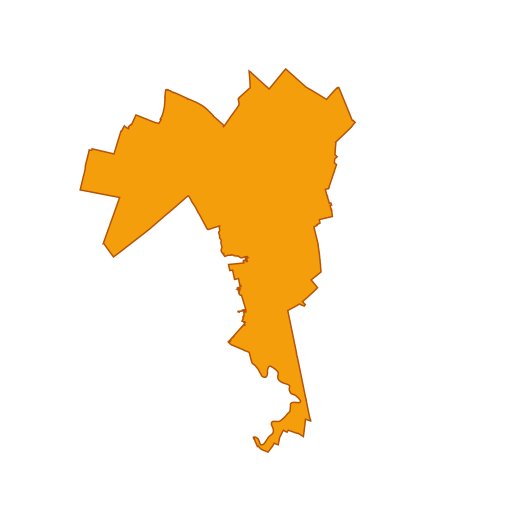 Stichtse Vecht, Utrecht, Netherlands (Albers equal-area conic projection), rotated 159°
{"feature_id": "6326949B24894131059498", "entity_name": "Stichtse Vecht", "entity_type": "district", "adm_level": 2, "iso_a3": "NLD", "parent_name": "Netherlands", "parent_adm1": "Utrecht", "projection": "albers", "projection_center": [5.022, 52.203], "detail": "fine", "context": "isolated", "style": "filled", "palette": "amber", "viewbox_px": 512, "rotation_deg": 159, "n_neighbors": 0, "source": "geoboundaries", "source_scale": "gbopen_adm2", "svg_char_len": 5998}
<svg xmlns="http://www.w3.org/2000/svg" viewBox="0 0 512 512"><g transform="rotate(159 256 256)"><path d="M389.4,306.2L384.0,307.7L345.7,319.3L330.1,325.0L329.4,325.1L328.5,325.6L316.9,329.6L299.5,336.0L297.7,336.5L297.4,336.2L296.7,332.7L296.5,329.9L295.4,324.9L295.0,322.9L294.5,317.7L294.0,315.3L292.4,302.7L291.9,298.7L291.2,297.8L284.2,297.5L279.2,297.1L279.2,296.6L279.8,296.3L280.1,295.7L280.7,292.8L281.0,292.4L282.0,291.9L282.5,291.2L282.7,287.8L283.3,286.6L283.4,286.0L283.4,285.6L283.1,284.4L282.9,283.3L282.9,282.8L283.2,282.3L284.1,281.0L284.5,276.6L284.9,275.9L286.2,274.5L286.7,273.1L286.6,271.9L286.2,270.0L285.3,269.9L285.7,268.2L285.4,267.0L285.3,266.8L281.6,266.7L280.6,266.2L278.8,265.7L278.3,266.0L278.1,265.8L278.1,265.5L277.2,265.3L276.4,264.2L275.6,263.6L275.2,263.5L274.2,262.9L273.1,262.7L273.1,262.4L272.2,261.7L271.0,259.9L270.6,259.6L270.0,259.4L267.1,259.2L266.7,259.1L266.2,259.2L264.2,258.5L264.4,258.1L266.2,258.8L266.5,258.8L266.0,258.2L265.8,257.7L264.6,257.2L265.1,257.1L266.1,257.7L266.6,258.1L266.7,256.6L265.9,256.8L265.8,256.4L266.0,254.0L267.1,254.2L266.9,255.9L268.8,256.1L268.7,256.3L269.2,256.4L269.2,255.5L269.8,255.5L270.0,253.9L284.7,257.9L285.7,251.8L282.9,251.2L283.5,247.3L283.6,247.2L283.6,246.9L284.4,241.8L280.4,241.2L280.6,240.1L281.3,236.2L281.4,235.3L281.6,234.5L281.6,234.1L280.8,234.1L280.9,232.8L284.8,232.9L284.9,232.1L284.7,231.7L285.5,231.7L285.1,231.3L283.1,231.3L282.9,231.2L283.5,231.0L283.4,230.6L283.4,229.7L285.0,229.7L284.7,228.5L285.2,228.0L285.3,227.4L285.0,227.3L285.3,226.6L284.9,225.2L284.5,224.8L283.6,224.5L284.7,209.7L288.1,210.4L288.3,209.6L291.7,210.5L291.7,210.3L292.6,210.7L292.8,210.4L291.8,209.7L291.7,210.3L285.1,208.8L285.3,207.5L287.4,207.9L287.6,207.3L287.8,207.2L287.7,206.8L288.0,206.1L289.2,203.9L289.8,204.1L290.4,202.8L290.2,202.4L290.9,201.6L291.8,200.9L292.4,200.1L290.6,198.9L290.9,198.5L290.1,198.4L289.8,197.8L290.9,197.3L291.2,195.5L292.3,196.2L293.4,195.6L293.9,195.0L294.2,195.2L304.8,189.7L305.0,189.4L304.9,189.4L305.4,189.0L305.7,189.2L306.3,188.9L306.8,188.2L307.1,188.5L310.7,186.6L310.1,186.1L310.8,185.7L310.9,185.8L311.4,185.3L312.4,186.1L312.7,185.8L312.4,184.7L312.0,184.4L311.6,183.2L310.8,181.9L301.8,173.3L300.2,171.4L299.3,170.9L297.9,169.5L296.9,168.4L297.8,160.6L298.0,157.9L297.9,157.2L297.6,156.4L296.1,154.3L295.5,152.5L294.4,148.7L294.3,146.7L293.9,144.7L293.7,142.4L293.5,141.7L293.0,141.0L292.0,140.0L290.9,139.5L290.0,139.5L289.2,139.9L288.4,140.7L287.6,141.8L286.4,144.8L285.8,146.0L284.5,147.5L283.4,148.2L282.4,148.2L281.8,147.8L279.7,145.1L278.3,142.9L277.4,140.9L277.2,140.0L277.1,139.2L277.4,138.1L278.6,136.3L279.1,135.1L279.4,133.4L279.1,131.9L278.4,130.4L277.3,128.9L276.1,127.7L272.4,124.7L271.3,123.3L271.2,122.7L271.3,122.2L272.4,120.5L272.9,119.2L273.0,117.3L272.8,115.8L272.5,115.1L272.0,114.4L269.9,112.6L268.9,111.4L267.2,108.0L266.4,105.2L266.5,104.4L267.0,103.9L267.4,103.6L267.9,103.5L273.6,106.0L275.2,106.2L276.6,105.7L277.1,105.1L277.5,103.7L279.4,99.8L280.2,98.8L281.1,98.2L282.6,97.7L286.7,95.4L291.9,93.5L293.0,93.3L294.1,93.4L295.5,93.9L298.7,95.3L299.7,95.5L300.5,95.3L301.4,94.6L301.9,93.6L302.0,93.0L301.9,88.8L302.0,87.8L302.5,86.4L303.4,84.9L304.5,84.1L307.9,83.0L309.4,82.3L314.2,78.8L316.3,77.6L317.1,77.5L318.1,77.7L319.0,78.0L319.4,78.4L319.5,79.3L319.4,83.3L319.5,84.1L319.7,84.8L320.4,86.0L321.5,87.2L322.5,87.7L323.5,87.7L323.5,86.1L323.0,86.1L323.2,83.0L322.9,77.6L322.0,77.8L321.2,75.2L320.0,73.2L315.0,68.6L308.8,72.5L306.1,74.8L304.5,73.0L302.9,71.8L299.0,78.0L294.4,82.3L292.8,83.5L291.3,81.5L290.1,80.4L288.3,81.8L282.6,76.9L280.4,75.2L280.1,75.3L276.5,70.4L271.2,80.2L268.3,85.9L264.0,82.3L263.9,82.4L263.8,85.4L263.6,87.1L261.6,99.1L260.9,102.7L261.0,103.0L260.8,103.1L260.5,104.7L260.3,107.0L253.6,147.0L253.8,147.0L253.3,150.0L253.2,149.9L253.0,150.5L245.9,193.7L237.0,194.9L232.5,195.6L231.5,194.3L228.9,192.0L227.4,192.9L228.9,196.8L224.1,198.5L216.4,201.5L209.9,204.3L212.3,211.7L213.1,213.9L201.0,217.8L199.5,223.2L198.9,224.7L198.3,227.5L197.9,228.3L197.3,231.0L196.0,235.5L195.3,238.8L193.7,245.5L191.5,262.4L188.0,262.7L187.8,262.9L187.8,263.5L184.5,263.7L183.8,267.3L170.5,265.5L169.4,270.1L169.2,271.9L168.9,271.8L168.8,272.6L169.1,272.7L168.8,276.6L167.2,276.4L167.1,278.7L168.7,279.0L168.5,280.1L168.1,286.4L167.9,286.3L167.9,287.7L168.1,287.7L167.9,289.4L167.4,293.4L165.5,293.2L164.3,292.8L163.6,293.3L163.8,293.4L154.9,304.2L152.4,307.0L152.5,307.2L148.0,312.5L149.4,314.9L147.8,318.3L144.6,319.6L146.0,322.2L142.5,329.8L140.9,332.8L140.7,333.6L140.8,333.7L122.0,341.6L121.8,341.8L120.9,342.1L117.8,344.1L115.5,345.2L116.8,347.9L117.5,347.9L117.6,349.0L117.9,366.9L118.3,383.5L118.9,384.0L120.1,383.4L120.3,383.8L123.7,382.3L134.1,376.9L140.8,385.8L148.8,395.8L161.2,419.9L163.7,418.7L183.9,407.2L194.7,428.6L194.7,429.2L195.1,429.5L196.0,430.9L196.2,430.4L196.3,430.7L198.2,424.2L198.5,423.2L198.6,422.7L201.1,415.2L215.0,409.9L214.9,409.6L216.2,409.2L217.3,404.0L217.5,403.8L217.7,403.1L222.0,400.1L227.0,396.9L227.0,396.7L227.3,396.5L227.5,396.5L228.0,396.3L237.2,390.0L238.7,389.0L238.8,389.2L240.0,388.4L240.1,388.7L239.3,389.3L239.5,390.0L244.4,399.5L245.4,401.3L245.8,402.1L245.6,402.4L248.7,409.4L250.6,413.1L252.6,416.1L256.0,420.1L263.0,427.0L263.2,426.8L263.4,426.9L263.2,427.1L263.4,427.3L263.7,427.2L263.7,427.4L263.6,427.6L271.7,435.9L274.3,438.3L274.5,438.1L274.9,438.4L276.8,440.9L278.7,442.3L278.5,442.7L279.4,443.3L279.6,443.0L279.9,442.9L280.8,443.4L284.2,436.9L284.0,436.7L284.7,435.2L287.3,429.6L288.5,427.4L290.4,424.6L290.4,424.4L293.3,420.7L296.4,417.9L295.8,417.2L299.3,414.6L302.8,417.1L317.5,430.7L325.1,423.2L325.5,423.7L328.8,422.3L328.8,421.2L329.4,420.6L330.3,421.5L331.2,422.7L331.9,423.8L332.3,424.7L336.9,420.6L337.4,420.9L352.0,402.2L370.6,414.8L371.2,413.9L371.6,413.7L372.2,413.8L373.7,414.8L376.9,410.0L382.8,401.7L384.2,398.6L386.9,394.4L388.3,392.6L396.5,380.7L362.3,359.5L394.1,322.4L393.7,322.4L389.4,306.2Z" fill="#f59e0b" stroke="#b45309" stroke-width="1.5"/></g></svg>